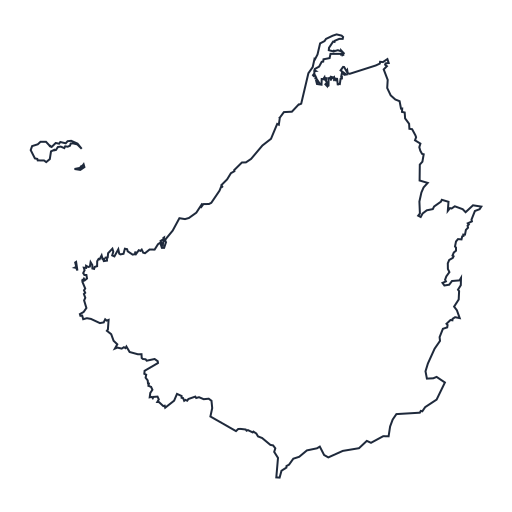 Cavite, Cavite, Philippines (Robinson projection)
{"feature_id": "2640588B43067672764099", "entity_name": "Cavite", "entity_type": "district", "adm_level": 2, "iso_a3": "PHL", "parent_name": "Philippines", "parent_adm1": "Cavite", "projection": "robinson", "projection_center": [120.788, 14.278], "detail": "fine", "context": "isolated", "style": "outline", "palette": "slate", "viewbox_px": 512, "rotation_deg": 0, "n_neighbors": 0, "source": "geoboundaries", "source_scale": "gbopen_adm2", "svg_char_len": 5909}
<svg xmlns="http://www.w3.org/2000/svg" viewBox="0 0 512 512"><path d="M444.9,382.5L436.6,376.9L433.2,378.3L426.9,378.6L425.5,371.3L427.9,363.5L434.6,348.7L440.0,340.9L439.6,337.1L442.9,328.8L447.2,327.4L447.6,325.0L446.5,323.8L450.5,320.0L452.4,320.3L452.6,318.8L455.1,317.2L459.7,318.1L456.9,310.3L454.1,306.6L458.7,299.5L459.1,291.1L458.0,289.7L460.8,285.2L461.0,277.9L459.5,280.4L452.0,281.0L449.2,284.7L444.4,285.5L442.5,282.9L445.9,281.4L445.1,279.7L446.3,276.4L449.4,272.1L447.9,269.0L447.8,263.3L449.2,260.0L452.8,257.9L453.6,256.3L452.5,255.6L453.8,252.5L456.0,250.7L456.0,247.6L455.0,246.5L456.0,241.5L458.0,239.1L461.5,239.4L462.2,236.4L463.5,235.9L463.3,234.6L465.0,234.6L465.9,229.9L468.0,227.7L467.6,225.6L468.8,224.5L467.8,223.3L471.9,221.4L471.5,219.6L474.9,211.0L479.6,209.2L481.3,206.6L473.0,205.3L465.6,212.2L462.7,209.2L454.8,206.3L451.6,208.5L450.0,208.1L447.8,210.9L448.5,201.8L441.8,199.8L440.9,201.7L434.1,206.5L432.8,209.1L426.8,210.3L422.6,213.5L420.7,217.0L418.2,215.7L419.9,213.5L419.4,201.5L421.4,192.5L423.6,187.4L427.7,182.9L419.6,180.5L419.8,164.6L422.4,161.7L423.7,154.3L422.0,153.8L420.3,150.7L419.3,147.2L420.4,143.6L415.0,140.3L416.1,137.2L415.4,135.3L412.1,129.2L409.4,128.8L409.1,123.8L405.1,118.4L404.7,112.5L402.0,111.9L402.2,108.5L401.0,108.6L399.6,101.2L395.3,99.5L390.7,95.4L387.2,88.0L387.7,79.9L383.7,69.4L386.9,66.2L385.1,64.7L385.6,63.4L388.7,63.0L387.4,59.1L382.9,62.1L380.1,61.8L379.8,63.6L375.7,65.5L349.7,73.8L347.7,73.2L347.2,70.1L346.5,71.2L344.1,67.0L343.1,66.9L340.6,70.4L346.2,74.5L344.4,74.8L342.0,72.7L341.2,76.6L341.9,76.7L341.9,78.5L340.6,78.8L339.8,84.1L338.2,83.9L337.8,85.2L337.1,78.9L335.9,78.9L335.5,81.2L335.4,78.6L334.2,78.6L334.3,79.7L334.1,79.8L334.0,77.1L331.9,78.4L330.9,77.4L332.0,77.1L331.0,76.8L330.8,78.1L331.1,80.6L330.5,78.0L328.6,78.2L328.5,85.6L327.9,86.0L327.1,83.8L327.0,86.0L325.4,84.3L327.0,82.6L326.0,80.9L326.5,77.2L326.2,79.4L324.8,79.6L325.0,77.2L324.8,78.8L324.5,77.2L323.2,79.1L321.7,79.0L321.5,84.7L317.0,84.0L316.3,81.3L318.8,82.2L316.2,78.3L314.7,78.7L316.1,77.5L315.1,75.4L313.8,76.1L313.0,75.2L314.4,73.3L314.3,71.2L315.8,71.0L314.5,70.2L314.8,69.0L319.1,66.6L321.7,61.8L323.2,61.6L323.5,59.3L329.6,58.1L330.5,53.9L340.8,53.9L341.4,55.5L340.9,53.9L341.8,53.5L342.4,55.3L343.3,54.9L342.7,52.8L344.4,53.9L341.1,50.4L341.1,51.3L337.9,50.2L334.2,51.2L334.1,50.0L333.5,51.4L328.8,50.2L329.0,47.8L333.1,41.6L334.5,41.9L334.7,40.8L339.2,38.9L342.7,38.9L343.1,37.0L341.6,35.6L336.6,34.4L332.7,35.7L326.0,38.9L324.5,41.1L320.1,43.4L317.5,54.5L314.3,60.6L314.6,59.7L314.4,59.4L312.7,67.1L308.4,73.2L301.2,103.7L298.8,104.7L299.2,103.9L291.9,111.7L283.9,112.1L279.7,117.8L279.0,117.0L279.8,118.0L278.8,124.7L277.2,123.9L271.0,138.8L262.4,145.5L251.1,158.9L245.9,162.4L241.9,162.5L234.2,170.1L234.4,171.2L230.9,173.2L227.1,179.4L221.4,185.1L222.7,187.4L221.3,186.3L219.5,190.7L211.3,202.8L209.0,204.0L203.4,204.1L200.6,207.9L202.4,203.4L196.3,212.7L188.9,218.0L185.0,219.1L179.4,218.2L172.7,230.6L165.7,239.1L165.1,241.1L166.0,242.2L164.1,247.9L161.9,247.9L160.2,242.7L158.0,244.2L154.6,249.6L149.6,249.5L145.0,253.2L143.2,252.7L141.7,249.6L140.4,250.9L138.8,250.2L136.1,253.9L135.2,251.6L135.1,254.2L132.6,254.6L127.7,251.3L127.1,249.2L124.9,248.7L123.5,253.8L120.4,254.4L119.2,253.6L118.3,249.3L114.4,256.4L112.2,255.4L113.3,251.7L112.4,248.7L108.1,253.2L107.7,257.4L104.8,257.7L106.9,257.8L107.0,260.6L103.8,261.1L103.1,259.2L104.2,259.2L104.3,258.7L102.5,258.9L101.6,255.4L99.6,259.3L98.6,258.9L97.2,261.2L97.1,266.2L94.7,266.9L94.1,268.9L92.4,268.5L92.3,265.0L90.6,262.2L89.9,266.5L88.3,267.0L86.1,265.8L86.1,267.9L83.8,267.7L84.6,270.2L83.2,273.1L84.4,275.0L86.4,275.0L87.0,278.5L84.8,280.3L83.9,278.7L83.1,280.1L81.6,279.7L83.4,280.8L82.4,281.8L85.2,288.5L84.0,290.3L85.2,292.8L83.9,294.0L85.3,297.8L84.1,300.4L86.4,308.0L83.6,312.0L79.9,314.1L80.4,315.8L82.2,315.6L83.2,319.2L86.9,318.2L90.9,318.9L99.9,323.1L103.7,322.4L105.2,319.3L106.7,320.6L108.6,319.9L107.9,329.5L106.9,330.8L111.2,334.2L113.6,340.8L117.3,344.3L114.9,348.6L117.4,347.6L121.7,348.6L123.9,347.2L125.5,348.1L126.4,346.5L129.6,352.0L138.0,354.3L141.5,354.2L141.7,358.0L142.9,359.0L145.6,359.3L146.7,360.7L154.6,359.0L157.7,361.2L158.0,363.0L144.6,370.8L144.3,373.8L146.2,374.7L145.6,377.7L147.7,380.4L148.0,383.5L148.9,383.6L148.4,385.8L151.1,386.9L152.4,389.8L150.3,392.9L149.7,397.3L151.8,396.9L152.8,398.2L153.5,396.9L157.5,396.6L158.8,399.4L157.3,402.0L159.0,402.1L163.3,406.1L164.7,405.7L165.2,407.7L174.1,400.7L177.0,393.9L181.6,396.0L181.6,397.8L183.1,398.1L184.2,400.8L185.5,399.9L187.2,400.7L188.4,399.0L195.3,396.6L196.2,398.0L199.0,397.2L203.7,399.2L208.7,398.7L211.5,400.8L212.2,408.1L210.4,416.5L236.0,431.1L238.2,429.0L240.5,428.9L245.7,429.5L246.6,430.7L247.9,430.1L252.7,432.4L253.4,431.6L256.3,433.5L258.0,436.4L262.1,438.0L270.4,444.9L273.1,445.4L275.3,448.3L274.2,451.9L278.0,457.9L276.3,477.4L279.6,477.6L281.5,470.7L286.4,467.6L286.5,466.0L289.0,464.7L293.3,458.7L299.2,456.8L306.9,450.4L317.0,448.3L319.8,446.6L324.1,455.0L328.3,457.4L342.8,450.9L359.0,448.2L366.8,440.9L371.0,442.8L383.2,436.2L388.6,436.3L390.1,426.5L392.7,419.5L396.4,414.1L419.8,412.7L420.8,410.9L422.3,411.3L425.2,407.1L436.6,399.6L444.9,382.5ZM71.2,140.8L67.6,141.2L65.7,143.3L60.3,142.0L59.1,143.7L55.7,143.0L51.6,147.0L50.3,146.4L51.1,145.4L50.1,146.2L46.0,141.8L40.5,141.8L37.8,144.3L32.1,146.1L30.7,150.1L34.9,158.4L37.3,158.9L37.7,160.4L44.1,160.5L46.2,162.1L49.8,159.1L51.0,151.4L54.1,149.9L54.5,151.2L54.4,150.1L55.9,150.0L57.9,147.0L60.7,146.6L64.3,148.1L65.2,146.3L67.7,146.7L70.0,145.7L70.7,143.5L73.1,143.4L77.3,144.4L81.7,148.8L77.5,143.6L71.2,140.8ZM84.4,167.1L83.6,164.3L81.4,167.2L81.0,166.5L79.9,167.9L74.5,169.0L80.3,169.9L84.4,167.1ZM162.6,246.4L164.0,237.5L163.4,237.9L163.5,239.2L160.6,240.9L162.6,246.4ZM76.1,261.9L75.2,262.5L76.3,266.9L74.8,267.6L76.2,267.9L77.4,270.5L76.1,261.9Z" fill="none" stroke="#1e293b" stroke-width="2"/></svg>